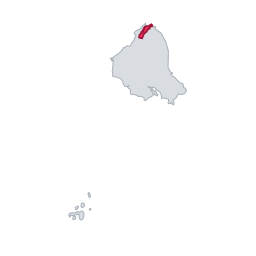 Cuyabeno, Sucumbios, Ecuador (highlighted), rotated 291°
{"feature_id": "8360857B98272453986256", "entity_name": "Cuyabeno", "entity_type": "district", "adm_level": 2, "iso_a3": "ECU", "parent_name": "Ecuador", "parent_adm1": "Sucumbios", "projection": "mercator", "projection_center": [-75.771, -0.334], "detail": "fine", "context": "in_parent", "style": "filled", "palette": "rose", "viewbox_px": 256, "rotation_deg": 291, "n_neighbors": 0, "source": "geoboundaries", "source_scale": "gbopen_adm2", "svg_char_len": 6762}
<svg xmlns="http://www.w3.org/2000/svg" viewBox="0 0 256 256"><g transform="rotate(291 128 128)"><path d="M232.1,106.8L231.4,107.2L229.6,107.4L228.2,107.0L227.7,107.0L227.6,107.4L229.4,108.6L230.3,110.6L231.5,111.9L232.3,112.5L232.4,112.9L232.1,113.7L232.1,114.4L232.5,117.6L232.2,117.7L231.3,117.7L230.5,117.2L228.4,124.9L221.8,132.6L214.3,138.1L205.6,141.3L199.2,143.5L198.2,144.3L195.1,148.2L194.9,148.6L195.4,149.2L195.4,149.7L194.9,149.9L194.5,150.0L194.3,149.7L194.2,149.3L193.8,148.8L193.3,148.7L193.0,148.8L193.0,149.2L192.3,151.3L192.3,152.3L192.0,152.7L192.1,153.6L191.4,154.5L190.9,155.9L190.4,156.3L189.7,158.5L188.7,160.7L188.7,161.4L189.0,161.9L189.1,162.4L188.7,163.7L186.4,165.0L185.8,165.6L185.6,166.4L185.7,167.0L185.7,167.5L185.0,167.7L184.2,168.9L183.7,169.2L182.3,168.8L181.2,168.8L180.4,168.4L178.8,166.3L178.2,165.1L178.1,163.4L176.5,162.3L174.5,162.6L173.9,162.2L172.4,161.5L171.1,160.7L170.1,160.3L169.4,160.5L168.1,161.8L167.0,162.4L166.5,162.4L165.8,162.0L165.7,161.5L167.4,159.2L166.1,159.1L165.7,158.6L165.6,158.0L165.4,157.4L165.6,156.6L166.3,156.2L167.3,156.5L168.0,156.6L168.5,155.8L169.4,155.3L169.6,154.9L169.1,153.8L169.0,153.2L169.1,152.8L169.1,151.5L168.8,151.1L168.8,150.4L168.5,150.0L168.4,149.1L167.7,148.7L169.8,147.9L170.6,147.2L171.5,146.6L172.4,145.7L172.9,144.9L174.1,140.9L175.3,138.3L175.1,137.1L174.2,135.5L173.9,133.1L174.0,132.3L173.9,131.8L173.2,132.8L173.4,136.3L172.8,137.9L172.0,138.3L171.5,138.0L171.8,135.5L171.2,135.9L170.3,137.7L168.7,139.0L168.6,139.4L168.3,140.0L167.1,139.5L166.1,138.9L163.1,136.0L161.2,135.4L160.0,134.4L159.7,133.9L159.6,133.3L160.8,132.7L162.1,131.9L162.2,130.1L162.1,128.7L161.2,126.2L161.7,123.1L161.4,121.8L160.4,119.2L161.1,117.8L163.9,116.9L164.8,116.2L165.4,114.1L166.1,112.9L167.3,113.4L168.3,113.3L167.0,112.9L165.9,111.0L165.7,110.1L167.8,107.5L168.9,106.8L170.2,105.5L171.3,103.4L171.6,100.2L171.1,97.8L170.8,95.4L171.4,94.8L173.1,94.4L174.5,93.6L175.2,92.9L176.8,93.0L178.7,91.9L181.7,91.3L185.9,90.0L186.9,88.9L186.4,86.8L188.0,88.1L188.7,89.0L190.9,90.1L193.4,92.1L195.1,93.0L196.9,93.9L199.6,94.9L201.2,94.7L201.9,96.2L202.5,96.6L204.0,97.1L204.2,97.3L204.8,100.0L205.1,100.4L206.4,100.8L208.1,101.0L208.7,100.9L210.1,101.6L212.4,102.2L213.1,102.3L213.5,102.2L213.6,101.9L214.3,102.0L215.2,102.3L216.6,102.4L217.5,102.1L217.7,100.6L218.0,100.2L219.0,99.7L219.5,99.8L222.1,101.0L222.6,101.4L223.3,102.2L224.5,103.5L225.8,104.3L227.8,104.6L229.8,105.9L232.1,106.8ZM28.0,105.1L28.8,105.9L29.3,108.2L31.8,110.7L32.1,112.1L31.9,112.7L32.0,113.0L33.3,114.0L34.1,115.0L32.7,117.4L29.8,118.4L26.8,118.4L26.2,118.1L25.3,117.2L25.2,116.4L25.7,115.6L27.2,114.4L29.7,113.4L30.0,112.5L29.0,111.7L28.3,110.2L26.8,109.1L26.0,105.7L25.5,105.5L24.5,106.0L24.0,105.6L23.9,105.4L25.0,104.6L25.2,104.1L26.9,103.8L27.6,104.2L28.0,105.1ZM40.0,115.2L39.3,115.3L37.3,114.0L37.5,112.8L38.3,112.0L40.8,111.6L41.9,112.4L41.8,113.8L40.9,114.9L40.2,115.1L40.0,115.2ZM170.2,143.4L170.0,143.9L168.8,143.8L168.4,143.7L168.7,141.3L169.0,140.6L170.0,139.8L170.9,139.5L171.9,139.5L173.0,140.2L171.7,141.4L170.7,141.7L170.2,143.4ZM26.1,111.3L24.8,111.5L23.7,111.1L23.2,110.4L23.2,109.4L23.2,109.0L25.6,108.7L26.4,109.5L26.4,110.8L26.1,111.3ZM51.7,117.0L50.2,117.6L49.3,117.1L49.3,116.7L50.1,116.0L50.9,115.5L51.6,114.6L53.0,114.1L53.4,114.2L53.6,114.4L53.7,114.7L53.3,115.4L52.5,115.9L51.7,117.0ZM36.9,109.7L36.3,110.1L33.9,109.6L33.2,108.9L33.8,107.9L34.3,107.4L35.7,107.8L37.2,109.0L36.9,109.7ZM38.9,122.5L38.3,122.5L37.6,122.0L38.2,121.0L39.2,121.5L39.4,121.9L38.9,122.5ZM185.8,89.4L185.1,89.5L184.8,88.9L185.6,88.2L185.9,88.0L185.8,89.4Z" fill="#d9dde1" stroke="#a8b0b8" stroke-width="1"/><path d="M232.3,113.8L232.4,113.6L232.5,113.7L232.7,113.4L232.8,113.4L232.7,113.2L232.8,113.1L232.6,113.1L232.6,112.9L232.8,112.7L232.8,112.4L232.6,112.4L232.6,112.2L232.3,112.2L232.2,112.0L232.2,111.9L232.3,112.0L232.3,111.9L232.2,111.8L232.0,111.7L232.0,111.8L231.9,111.9L231.9,111.7L231.7,111.7L231.7,111.3L231.5,111.2L231.4,111.3L231.2,111.3L231.2,111.2L230.9,111.0L230.7,110.9L230.7,110.7L230.4,110.5L230.4,110.3L230.3,110.2L230.2,110.1L230.1,109.9L230.0,109.7L229.9,109.6L229.8,109.4L229.7,109.4L229.8,109.2L229.7,109.2L229.6,108.8L229.5,108.4L229.4,108.3L229.3,108.2L229.2,108.1L229.1,107.9L228.8,107.6L228.7,107.7L228.4,107.8L228.3,107.7L228.2,107.8L227.9,107.9L227.9,106.8L227.8,107.0L227.7,107.0L227.5,107.3L227.4,107.4L227.3,107.5L227.2,107.5L226.9,107.5L226.7,107.5L226.4,107.5L226.4,107.4L226.3,107.5L226.3,107.4L226.2,107.4L226.1,107.2L226.0,107.3L226.0,107.2L225.9,107.2L225.7,107.1L225.4,107.0L225.2,107.0L224.9,107.1L224.7,107.0L224.8,107.0L224.7,107.0L224.7,106.8L224.6,106.7L224.5,106.8L224.2,106.6L223.8,107.5L223.7,107.4L223.7,107.5L223.5,107.4L223.4,107.4L223.5,107.4L223.4,107.3L223.5,107.3L223.4,107.3L223.5,107.3L223.4,107.2L223.5,107.1L223.4,107.0L223.4,106.9L223.4,107.0L223.3,106.9L223.3,107.0L223.2,107.1L223.1,106.9L222.9,106.7L222.9,106.8L222.9,106.7L222.7,106.6L222.4,106.6L222.5,106.7L222.4,106.7L222.3,106.8L222.1,106.8L221.8,106.8L221.8,106.7L221.6,106.7L221.4,106.5L221.2,106.7L221.0,106.4L220.9,106.4L220.8,106.2L220.8,106.3L220.8,106.2L220.9,105.9L220.7,105.9L220.6,105.7L220.4,105.7L220.4,105.8L220.2,105.9L219.8,105.9L219.7,105.9L219.3,105.9L219.1,105.7L219.1,105.8L218.9,105.8L218.7,105.8L218.4,105.8L218.3,105.7L218.2,105.7L217.9,105.7L217.7,105.6L217.3,105.6L217.2,105.6L217.0,105.8L216.8,105.7L216.6,105.8L216.4,105.8L216.3,106.3L216.4,106.6L216.4,106.8L216.5,107.1L216.4,107.3L216.6,107.4L216.6,107.5L216.5,107.8L216.8,108.0L216.7,108.2L216.7,108.3L216.9,108.2L217.0,108.3L217.0,108.5L217.2,108.4L217.5,108.6L217.5,108.8L217.5,109.0L217.4,109.1L217.6,109.1L218.2,109.2L218.4,109.1L218.6,109.1L218.8,109.1L218.9,109.3L218.9,109.2L219.1,109.2L219.3,109.1L219.6,109.1L219.7,109.3L219.9,109.2L220.2,109.1L220.3,108.9L220.5,108.9L220.8,108.7L220.9,108.8L220.9,109.1L221.0,109.2L221.3,109.1L221.5,109.1L221.8,109.3L221.8,109.2L222.0,109.1L222.1,109.3L222.2,109.2L222.3,109.1L222.5,109.4L222.6,109.5L222.7,109.8L222.8,110.0L223.2,109.9L223.3,109.9L223.4,110.0L223.6,110.3L223.8,110.3L224.0,110.3L224.0,110.6L223.9,110.6L224.5,110.7L224.8,110.6L224.8,110.8L225.0,110.8L225.0,111.0L225.4,110.9L225.6,110.8L225.8,110.8L226.2,110.8L226.3,110.8L226.3,111.0L226.5,111.0L226.5,111.3L226.8,111.4L227.0,111.4L227.2,111.2L227.3,111.2L227.4,111.4L227.5,111.4L227.6,111.5L227.8,111.5L228.1,111.6L228.2,111.9L228.3,111.7L228.4,111.8L228.4,112.0L228.6,112.1L228.5,112.3L228.9,112.4L229.2,112.5L229.3,112.4L229.5,112.4L229.5,112.5L229.8,112.4L230.1,112.5L230.3,112.6L230.5,112.6L230.6,113.0L230.8,113.2L231.0,113.1L231.3,113.3L231.6,113.3L231.8,113.5L231.9,113.4L232.1,113.3L232.0,113.8L232.2,113.6L232.3,113.6L232.3,113.8Z" fill="#f43f5e" stroke="#9f1239" stroke-width="1.5"/></g></svg>